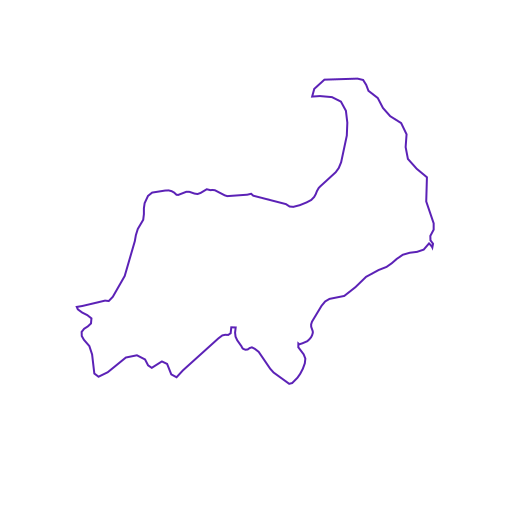 outline of Hatay, rotated 47°
{"feature_id": "TUR-2289", "entity_name": "Hatay", "entity_type": "Province", "adm_level": 1, "iso_a3": "TUR", "parent_name": "Turkey", "parent_adm1": "", "projection": "orthographic", "projection_center": [36.26, 36.42], "detail": "fine", "context": "isolated", "style": "outline", "palette": "violet", "viewbox_px": 512, "rotation_deg": 47, "n_neighbors": 0, "source": "natural_earth", "source_scale": "10m", "svg_char_len": 2137}
<svg xmlns="http://www.w3.org/2000/svg" viewBox="0 0 512 512"><g transform="rotate(47 256 256)"><path d="M370.0,121.2L369.7,121.1L367.2,120.8L364.8,120.9L365.7,129.0L362.8,135.4L358.5,141.3L355.2,147.8L354.1,155.1L353.9,161.5L353.0,168.0L349.9,175.8L346.3,189.7L346.6,204.4L345.4,218.7L337.5,231.5L336.4,236.4L337.1,241.9L342.2,259.8L343.6,262.3L345.4,263.9L349.7,265.8L350.9,266.8L352.2,269.0L353.0,271.2L353.3,273.7L353.3,276.6L351.5,281.6L350.1,284.6L348.9,284.7L351.6,287.3L360.4,288.2L364.7,289.9L367.8,293.5L370.4,298.6L372.3,304.0L373.3,308.7L373.6,316.2L372.1,318.9L353.2,322.6L348.1,322.5L327.9,319.4L323.0,320.2L320.0,321.3L319.0,323.4L318.7,325.8L317.4,327.6L315.2,328.7L313.7,328.7L312.1,328.2L304.8,327.2L301.1,326.0L297.8,323.6L294.4,319.6L291.3,322.7L295.2,327.2L294.8,330.1L292.6,332.3L291.1,334.8L290.6,339.6L289.8,387.4L290.5,396.8L284.8,398.7L274.3,394.6L269.0,396.7L268.9,396.8L266.7,408.5L262.4,409.5L256.0,407.7L247.4,410.8L241.5,420.4L239.9,443.7L236.9,453.5L236.2,453.6L231.7,454.4L216.2,443.0L208.2,439.3L199.9,439.0L195.7,438.0L192.6,435.3L192.0,431.3L192.8,427.0L192.8,422.7L189.4,418.9L184.2,419.7L178.8,421.7L173.5,422.7L171.0,421.8L174.0,417.3L185.7,396.8L188.5,394.4L188.2,388.6L181.1,365.7L162.5,334.5L158.8,329.6L155.6,324.0L152.6,313.8L148.9,309.4L144.6,305.4L141.4,301.4L138.4,294.0L138.8,288.7L146.1,277.9L148.4,275.2L151.0,273.5L153.8,272.6L157.0,272.4L158.3,271.2L161.5,263.2L163.7,260.9L168.4,258.4L170.8,256.5L172.1,253.5L173.6,246.5L176.8,244.4L178.0,242.8L179.9,241.2L190.3,237.5L192.6,236.2L205.2,220.6L207.2,217.1L210.0,216.9L238.5,198.7L242.7,197.7L245.5,195.2L248.7,189.3L251.3,182.5L252.7,177.4L252.5,173.2L251.5,170.1L250.1,167.2L249.0,163.7L248.9,161.4L249.1,140.6L248.1,135.5L245.5,129.8L229.9,107.5L220.8,98.3L211.1,91.2L201.0,88.6L191.6,92.1L182.6,100.2L177.7,106.2L173.5,99.4L173.7,85.7L195.5,60.8L200.3,57.6L206.0,58.7L211.9,61.1L223.5,59.2L234.3,62.2L245.3,62.5L257.8,59.2L269.7,62.9L278.4,72.3L288.6,78.7L301.8,79.0L315.0,77.3L332.2,94.3L353.3,103.8L357.9,108.1L360.2,114.8L363.5,117.7L367.8,118.2L370.0,121.2L370.0,121.2Z" fill="none" stroke="#5b21b6" stroke-width="2"/></g></svg>